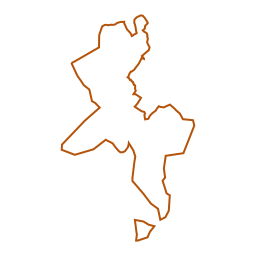 the district of Owerri West, Imo, Nigeria
{"feature_id": "59680162B78900735102434", "entity_name": "Owerri West", "entity_type": "district", "adm_level": 2, "iso_a3": "NGA", "parent_name": "Nigeria", "parent_adm1": "Imo", "projection": "natural_earth1", "projection_center": [6.985, 5.415], "detail": "fine", "context": "isolated", "style": "outline", "palette": "amber", "viewbox_px": 256, "rotation_deg": 0, "n_neighbors": 0, "source": "geoboundaries", "source_scale": "gbopen_adm2", "svg_char_len": 2551}
<svg xmlns="http://www.w3.org/2000/svg" viewBox="0 0 256 256"><path d="M165.8,190.8L162.6,180.7L165.1,177.6L163.9,168.5L165.7,155.8L183.4,153.2L194.3,125.6L193.0,120.2L182.9,119.2L179.9,113.6L176.5,110.7L174.2,108.3L169.9,104.6L163.7,107.4L159.9,106.8L158.9,106.2L156.9,108.6L155.7,110.7L152.3,113.2L149.9,115.7L148.3,118.8L145.1,119.4L144.7,117.0L144.4,114.8L145.1,113.5L144.2,111.9L141.5,111.2L134.7,106.7L136.7,104.5L137.8,103.0L139.8,99.8L141.0,97.8L135.5,94.2L133.5,94.2L134.7,92.4L135.3,91.4L135.8,90.6L135.2,89.6L135.1,88.0L135.1,87.3L135.2,86.6L135.2,85.8L134.9,85.1L133.8,84.8L133.7,83.9L133.2,83.4L133.1,82.9L133.3,82.5L133.2,82.2L132.6,81.9L132.2,81.7L131.8,81.4L131.7,80.8L131.4,80.5L131.1,80.3L130.8,79.8L130.5,80.0L130.4,80.2L130.1,80.1L129.8,79.7L129.6,79.3L129.3,78.9L129.1,78.5L128.9,78.0L128.4,77.9L128.1,77.5L127.7,77.3L128.4,76.5L128.7,75.8L129.2,74.3L129.8,73.2L130.7,71.7L131.4,71.7L132.5,71.0L134.2,69.7L136.4,66.7L138.0,64.7L139.1,63.1L141.6,58.1L143.9,58.9L143.8,58.3L142.5,56.7L141.9,56.0L147.4,51.3L148.6,50.5L149.6,47.4L147.3,42.9L147.1,42.0L147.5,40.6L147.7,39.4L147.8,38.2L147.6,37.8L147.4,37.2L147.2,36.7L147.3,36.2L147.5,35.6L147.3,35.3L147.2,34.3L147.0,33.7L146.7,33.2L145.6,32.5L143.7,31.4L142.8,30.3L143.5,29.8L144.3,29.2L144.8,28.5L144.9,27.5L145.0,26.2L145.5,25.5L146.6,24.4L147.4,23.5L147.8,22.9L145.7,19.3L144.6,17.8L142.7,15.7L140.9,15.4L137.2,17.0L136.0,18.0L134.5,19.6L134.3,21.4L134.3,22.9L135.1,24.8L135.6,27.6L136.1,30.8L136.7,33.2L135.5,33.8L134.1,34.5L133.5,34.9L132.5,35.8L131.9,36.1L131.0,34.2L130.4,33.0L128.9,31.4L126.9,29.2L125.8,26.8L125.5,25.9L124.8,24.5L124.5,23.9L124.2,23.2L124.1,22.5L124.2,21.8L123.5,21.9L122.3,22.0L121.3,21.8L119.0,22.4L117.6,22.8L116.5,23.4L115.5,24.2L114.8,24.5L114.1,24.7L112.0,24.9L111.3,24.7L109.9,24.9L108.4,25.2L108.1,25.2L106.2,24.8L105.2,24.9L104.6,25.0L102.2,26.4L99.2,35.0L99.0,47.4L74.4,61.6L72.3,62.6L71.7,63.6L77.4,75.8L78.5,77.4L81.1,81.0L83.8,85.2L89.3,89.5L92.0,101.2L95.1,102.9L99.7,107.6L84.8,120.7L62.0,144.6L61.7,149.8L74.8,154.8L93.5,149.3L105.7,139.8L112.6,143.3L115.3,147.0L116.7,148.7L118.6,150.9L120.4,152.3L122.9,152.2L125.1,151.1L127.9,147.2L128.7,144.2L128.8,143.1L133.3,150.3L135.3,156.5L134.4,161.8L132.4,178.5L132.5,181.2L134.1,182.9L143.7,194.1L150.9,203.6L158.0,208.8L160.3,219.8L165.4,217.2L168.8,210.7L169.8,195.3L166.6,193.4L165.8,190.8ZM147.6,237.3L149.2,233.3L150.0,231.7L154.4,226.2L148.7,224.7L143.4,221.5L134.9,219.9L136.5,232.4L136.9,234.2L136.1,240.6L137.7,240.6L147.6,237.3Z" fill="none" stroke="#b45309" stroke-width="2"/></svg>